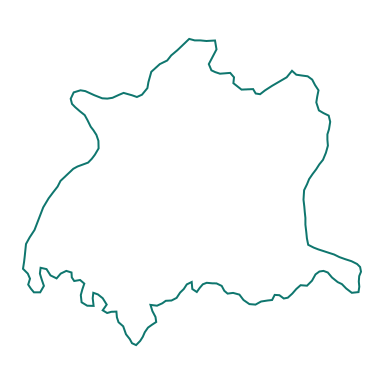 Araporã, Minas Gerais, Brazil (Natural Earth projection)
{"feature_id": "56859067B27998656186706", "entity_name": "Araporã", "entity_type": "district", "adm_level": 2, "iso_a3": "BRA", "parent_name": "Brazil", "parent_adm1": "Minas Gerais", "projection": "natural_earth1", "projection_center": [-49.124, -18.476], "detail": "fine", "context": "isolated", "style": "outline", "palette": "teal", "viewbox_px": 384, "rotation_deg": 0, "n_neighbors": 0, "source": "geoboundaries", "source_scale": "gbopen_adm2", "svg_char_len": 2539}
<svg xmlns="http://www.w3.org/2000/svg" viewBox="0 0 384 384"><path d="M292.0,70.8L286.7,77.3L272.1,85.8L265.0,90.4L260.1,94.2L255.7,93.5L253.1,89.1L241.5,89.6L233.4,83.2L234.0,77.3L230.2,72.9L220.0,73.7L215.2,72.1L211.4,70.3L208.8,64.1L216.5,49.4L215.0,40.5L206.4,41.0L200.3,40.4L194.7,40.4L189.2,38.9L177.6,50.0L171.2,55.4L167.2,60.5L159.8,64.1L151.3,71.8L148.4,82.2L147.4,88.1L142.0,94.7L136.9,97.0L132.1,95.3L123.6,92.9L119.3,94.7L112.5,97.8L107.3,98.6L102.2,98.3L94.3,95.2L85.3,91.1L80.5,90.3L73.7,92.4L70.7,98.8L72.0,103.9L75.1,107.1L79.8,111.2L84.7,115.1L87.5,120.2L90.7,126.7L93.4,130.2L96.4,134.9L98.4,140.8L98.6,148.4L94.9,154.7L91.8,158.8L88.1,162.6L77.5,166.5L73.3,168.8L60.5,180.9L57.6,186.6L53.0,192.5L48.7,198.2L43.2,207.4L34.5,230.0L29.7,237.3L26.0,244.0L24.7,256.6L24.1,261.7L23.0,268.8L27.8,273.6L30.0,278.7L28.2,284.6L30.9,288.7L33.9,292.3L40.2,292.3L43.9,285.9L41.6,279.2L39.9,273.6L40.6,267.8L46.5,269.1L50.5,275.4L56.6,278.4L60.7,273.6L66.3,270.9L71.5,272.5L71.8,277.4L74.2,281.0L80.1,280.0L84.3,283.6L82.3,289.5L80.8,295.1L81.6,302.3L87.2,305.7L93.6,305.9L92.7,298.2L93.3,292.8L97.9,294.4L102.7,298.2L106.7,304.6L102.7,310.3L107.1,313.0L111.3,311.8L116.4,311.6L116.9,317.3L118.5,322.2L123.2,326.3L126.0,334.3L129.8,339.1L132.0,343.2L136.1,345.1L140.2,340.9L142.8,336.8L144.8,332.2L148.0,327.6L151.9,324.8L156.2,322.0L155.5,317.0L152.4,311.1L150.5,304.9L157.0,305.7L162.3,303.3L165.8,300.8L171.5,300.5L176.6,297.9L180.1,292.6L183.8,289.0L186.8,284.4L191.7,282.0L192.3,289.0L196.8,292.0L199.7,287.9L202.8,284.3L206.7,282.8L212.1,283.3L216.5,283.4L221.7,285.9L224.3,290.8L227.6,293.6L233.1,292.9L239.4,294.6L243.5,300.0L249.4,304.1L255.5,304.6L261.1,301.5L267.6,300.5L272.1,300.0L274.7,294.9L279.4,295.2L283.8,298.5L287.8,297.7L292.3,293.6L296.3,289.0L300.6,285.2L307.0,285.7L312.0,280.7L315.5,274.4L319.4,271.5L323.5,270.9L327.8,272.5L332.0,277.5L337.7,282.1L341.9,284.1L346.2,288.5L351.8,292.8L358.5,292.1L359.3,286.7L358.8,281.6L359.2,276.1L361.0,271.7L360.1,267.0L357.1,264.0L351.5,261.2L345.0,259.1L339.4,257.1L334.1,254.5L329.1,252.9L323.9,251.2L318.3,249.4L313.7,247.6L308.2,244.8L306.9,238.3L306.3,232.3L305.4,224.6L305.4,217.9L304.8,212.3L304.3,206.6L303.5,199.7L304.1,190.2L307.0,184.3L309.1,179.1L312.6,174.0L316.1,169.4L319.3,164.4L323.0,159.8L325.9,152.8L327.9,145.7L327.4,139.7L327.4,134.4L329.0,129.2L330.2,121.8L328.7,115.6L323.5,113.1L318.9,110.4L316.3,102.4L317.2,96.7L318.5,90.3L315.0,85.0L312.2,79.6L307.7,76.3L301.7,75.5L296.3,74.7L292.0,70.8Z" fill="none" stroke="#0f766e" stroke-width="2"/></svg>